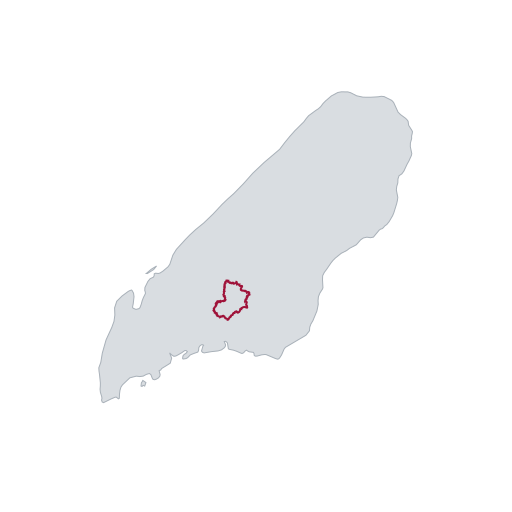 Maevatanana, Betsiboka, Madagascar (highlighted), rotated 208°
{"feature_id": "10022922B61824869015313", "entity_name": "Maevatanana", "entity_type": "district", "adm_level": 2, "iso_a3": "MDG", "parent_name": "Madagascar", "parent_adm1": "Betsiboka", "projection": "mercator", "projection_center": [47.013, -17.22], "detail": "fine", "context": "in_parent", "style": "outline", "palette": "rose", "viewbox_px": 512, "rotation_deg": 208, "n_neighbors": 0, "source": "geoboundaries", "source_scale": "gbopen_adm2", "svg_char_len": 8589}
<svg xmlns="http://www.w3.org/2000/svg" viewBox="0 0 512 512"><g transform="rotate(208 256 256)"><path d="M331.1,65.1L332.4,68.1L333.9,71.0L338.6,78.0L340.6,80.7L342.3,83.5L343.1,89.2L346.1,98.1L349.0,111.5L349.8,125.3L350.7,131.6L352.9,137.6L356.5,143.8L357.7,150.7L355.5,157.8L352.3,164.5L351.5,165.8L350.0,167.5L349.3,167.4L346.7,165.7L344.6,162.8L342.0,156.2L341.0,152.8L339.9,152.2L336.9,152.5L334.6,154.6L334.2,156.0L334.7,159.7L335.5,163.1L335.9,166.6L336.0,170.9L336.8,172.2L338.0,173.3L339.3,176.1L339.5,182.9L338.8,186.3L336.6,189.2L336.7,190.9L337.5,192.5L336.7,193.6L333.9,194.8L332.7,196.0L331.1,198.9L328.6,205.1L328.2,208.2L329.8,217.7L329.4,224.5L326.1,237.4L324.3,243.6L321.7,251.0L317.6,260.7L313.6,273.0L310.2,285.6L307.7,293.2L304.9,300.7L301.0,314.0L297.7,327.6L292.7,342.5L286.0,359.3L285.2,361.4L283.8,370.0L282.3,377.5L280.5,384.9L276.7,397.1L276.2,400.9L275.4,404.6L271.7,412.3L270.1,415.2L269.0,418.2L268.4,422.1L267.3,425.8L264.6,432.7L260.6,438.7L257.9,440.9L252.0,444.0L249.0,444.6L242.4,444.7L236.0,446.5L229.3,450.0L222.9,453.9L220.4,455.8L217.7,456.9L209.2,457.1L206.6,456.2L198.1,449.7L194.8,448.7L188.6,447.8L186.7,447.2L185.0,446.4L182.5,443.0L177.4,440.1L176.2,439.2L175.5,437.2L175.0,435.1L173.7,432.7L172.7,428.2L171.1,425.0L166.5,419.5L166.0,417.7L165.6,411.8L165.7,407.8L165.3,400.5L165.8,397.0L167.4,394.0L166.8,390.6L165.1,387.1L164.4,383.5L163.1,380.2L158.3,374.3L157.2,371.3L156.4,368.3L154.6,358.9L154.3,355.7L154.6,348.8L155.3,345.2L156.5,342.8L156.8,340.9L157.5,339.3L158.7,338.1L159.4,336.6L161.2,327.8L163.5,325.9L166.9,324.7L169.6,322.4L171.2,319.4L172.7,313.0L177.0,306.7L178.5,303.4L182.0,298.4L185.0,291.4L186.0,288.1L186.6,284.7L187.4,277.3L188.0,273.6L187.9,269.9L186.1,266.2L182.0,259.4L181.8,258.1L182.2,253.1L181.8,249.4L180.3,245.8L178.3,242.4L176.4,236.0L175.4,225.5L175.6,221.7L175.1,218.3L173.7,215.1L174.7,209.5L187.1,189.2L187.5,186.9L187.0,180.7L187.3,177.1L187.7,175.8L188.6,175.0L190.8,174.6L200.8,173.7L202.1,173.1L204.6,171.4L208.1,168.1L209.7,167.2L211.0,167.5L211.9,168.9L213.0,169.7L217.1,168.2L218.6,168.2L220.2,168.4L221.0,167.0L221.4,165.2L222.0,163.9L223.1,163.2L228.3,162.8L231.6,162.3L236.0,161.0L236.9,161.2L240.4,165.8L241.4,166.2L242.8,166.4L243.9,165.6L241.1,163.2L240.7,161.8L240.8,160.3L242.4,156.9L244.9,154.4L250.5,150.6L256.3,146.1L258.0,145.8L259.5,146.5L260.6,151.8L260.4,152.6L261.4,152.7L262.5,152.1L263.4,150.0L263.5,148.2L262.7,146.5L262.3,145.1L262.3,143.8L265.2,140.7L267.6,137.8L268.6,134.2L269.6,132.6L272.0,130.8L272.7,131.1L273.3,132.6L273.6,134.1L273.0,135.7L272.1,137.3L271.7,139.3L273.1,139.7L274.4,139.2L276.3,135.5L278.5,132.0L279.8,130.1L281.4,128.9L284.2,129.1L286.8,129.9L282.5,126.2L281.4,121.1L286.5,112.3L286.6,110.5L287.3,109.9L287.7,109.2L285.0,106.3L284.5,104.8L284.9,102.6L286.1,100.6L287.3,99.2L288.9,98.7L290.2,99.4L293.1,101.9L295.0,102.2L297.3,99.9L299.2,97.0L302.0,95.0L305.3,93.7L310.2,89.2L313.4,79.6L313.7,76.8L313.0,73.4L311.8,70.2L309.9,66.2L310.4,65.3L313.1,65.8L314.0,65.3L316.9,61.7L321.8,54.9L323.3,54.9L324.7,56.2L325.2,58.0L326.2,59.4L329.4,62.6L331.1,65.1ZM297.4,91.9L297.5,93.0L293.8,92.6L293.2,88.9L295.0,88.8L295.4,87.3L296.5,87.2L297.7,90.4L297.4,91.9ZM342.3,195.1L339.1,200.5L340.0,196.0L343.7,189.5L344.7,189.0L342.3,195.1Z" fill="#d9dde1" stroke="#a8b0b8" stroke-width="1"/><path d="M269.5,220.9L270.0,220.6L269.8,220.5L269.5,219.9L270.0,219.8L270.5,219.6L270.6,219.4L270.6,219.1L270.8,218.8L270.7,218.5L270.9,218.3L270.8,218.0L270.1,217.6L270.1,217.4L270.2,217.0L270.4,216.8L270.4,216.6L270.6,216.3L270.4,215.9L270.2,215.8L270.0,215.5L270.0,214.9L269.9,214.4L269.6,214.1L269.7,214.5L269.3,214.6L269.1,214.0L268.9,213.7L269.1,213.5L269.2,213.3L269.1,213.2L268.8,213.2L268.8,212.9L268.6,212.7L268.6,212.3L268.4,212.0L268.4,211.9L268.6,211.8L268.6,211.5L268.5,211.4L268.3,211.4L268.3,211.2L268.2,210.8L267.9,210.4L267.5,210.2L267.4,210.3L267.2,210.2L267.3,209.7L267.5,209.5L267.6,209.3L267.5,209.2L267.2,208.7L266.7,208.0L266.6,207.1L266.7,206.8L266.5,206.7L266.2,206.3L266.0,205.8L265.9,205.7L265.8,205.8L265.6,206.0L265.1,206.1L264.9,206.0L264.8,205.6L264.8,205.2L264.6,205.2L264.4,205.4L264.2,205.0L264.0,204.7L263.6,204.6L263.6,204.1L263.3,203.9L263.1,203.3L262.9,203.3L262.5,202.8L262.4,202.8L262.5,202.4L262.4,202.1L262.7,201.7L262.9,201.4L263.5,201.4L263.6,201.0L263.6,200.9L263.8,200.9L264.0,200.9L264.6,200.4L264.9,200.3L265.4,199.6L265.7,198.9L266.0,199.3L266.5,199.6L266.7,199.4L266.7,198.6L266.8,198.6L267.0,198.5L267.0,198.1L267.2,197.9L267.9,198.4L268.2,198.4L268.6,198.1L268.9,197.8L268.9,197.5L268.8,196.8L268.9,196.6L268.5,196.3L268.8,196.0L268.6,195.9L268.6,195.5L268.7,195.1L268.8,195.0L268.6,194.9L268.2,194.9L268.3,194.5L268.5,194.4L268.4,194.1L268.1,193.9L268.3,193.6L268.1,193.5L268.1,193.4L267.9,193.0L268.0,192.6L268.0,192.2L268.4,191.5L268.5,191.1L268.5,190.6L268.4,190.4L268.3,190.2L268.5,190.0L268.6,189.8L268.4,189.6L268.3,189.4L268.0,189.1L268.1,188.9L267.9,188.5L267.9,188.2L267.9,187.9L267.4,187.8L267.2,187.9L267.1,187.7L266.7,187.8L266.5,187.6L266.4,187.6L266.3,187.4L266.0,186.8L265.8,186.9L265.6,186.6L265.3,186.5L265.2,186.6L265.1,186.9L264.9,186.8L264.6,186.9L264.5,186.6L264.2,186.5L264.1,186.3L263.8,186.3L263.6,186.5L263.5,186.0L263.2,185.9L263.1,185.7L262.8,185.8L262.7,185.4L262.4,185.2L262.3,185.6L261.9,185.3L261.6,185.3L261.1,185.1L260.8,185.2L260.7,185.2L259.7,185.2L258.6,186.3L258.2,186.4L258.2,186.1L257.9,186.5L257.7,186.8L257.5,187.2L257.1,187.1L256.9,187.7L256.8,187.8L256.6,187.7L256.4,187.8L255.7,187.8L255.6,187.6L255.3,187.6L255.0,187.4L254.9,187.3L254.8,187.1L254.6,187.0L254.4,187.0L254.0,186.9L253.9,186.7L253.6,186.6L253.1,186.9L252.8,186.9L251.8,186.9L251.6,186.7L251.2,186.3L250.8,186.6L250.6,186.9L250.6,187.2L250.6,187.5L250.5,187.8L250.6,188.1L250.6,188.7L250.5,189.0L250.6,189.5L250.3,189.9L250.0,190.0L250.0,190.5L250.1,190.9L249.9,191.0L250.1,191.3L250.0,192.0L249.1,192.8L248.9,193.2L248.9,193.3L249.2,193.8L249.3,194.2L249.1,195.1L248.7,195.3L248.3,195.4L248.2,195.5L248.4,195.8L248.4,196.0L248.4,196.6L248.3,196.9L247.8,197.5L247.6,197.6L247.4,197.8L247.2,198.0L247.0,197.9L246.7,197.4L246.2,197.4L245.9,197.8L245.7,197.8L245.3,197.6L245.1,198.1L244.9,198.4L244.7,198.5L244.6,198.8L244.6,199.1L244.5,199.5L244.5,200.0L244.6,200.7L244.7,201.3L244.9,201.4L245.0,201.6L244.6,201.9L244.4,202.0L244.2,202.1L244.3,202.2L244.5,202.4L244.4,202.7L244.4,203.1L244.2,203.1L244.2,203.3L243.7,203.8L243.7,204.2L243.3,204.8L242.9,205.1L242.4,205.4L241.8,205.9L241.6,205.8L241.0,205.8L240.6,206.0L240.2,206.1L239.7,206.1L239.6,206.4L239.7,206.6L240.0,206.9L240.5,207.7L241.3,208.0L241.6,208.4L241.9,208.5L242.4,210.8L242.9,211.1L243.2,211.1L243.4,211.1L243.6,211.2L244.0,211.0L244.1,210.8L244.2,211.0L244.3,211.0L244.3,211.3L244.4,211.5L244.5,211.5L244.5,211.8L244.5,212.0L244.8,212.4L244.8,212.6L244.5,212.8L244.6,213.0L244.4,213.2L244.6,213.3L244.5,213.7L244.2,213.9L243.9,214.0L244.1,214.0L244.2,214.4L244.2,214.6L244.4,215.0L244.5,215.0L244.5,215.3L244.8,215.6L245.0,215.6L245.0,215.8L245.0,216.3L245.1,216.5L244.9,216.7L244.8,216.9L244.7,216.9L244.9,217.2L244.8,217.3L244.6,217.3L244.6,217.5L244.5,217.8L244.1,218.1L243.9,218.4L244.0,218.4L244.0,218.6L244.0,218.8L244.1,219.0L244.3,219.3L244.4,219.8L244.5,219.8L244.5,220.0L244.9,220.0L245.1,220.5L245.4,220.4L245.7,220.6L245.8,220.5L246.0,220.5L246.1,220.4L246.2,220.2L246.3,220.0L246.3,219.7L246.5,219.6L246.7,219.4L246.8,219.6L246.8,220.0L247.1,220.0L247.3,220.1L247.7,220.0L248.2,220.2L248.5,219.9L248.9,220.0L249.0,220.1L249.3,220.2L249.8,219.9L249.9,219.7L250.1,219.8L250.3,219.7L250.6,219.6L251.0,219.4L251.5,219.3L251.8,219.0L252.0,219.0L252.1,218.9L252.7,219.1L253.0,218.9L253.3,218.9L253.5,219.0L253.7,219.4L253.8,219.5L254.0,219.9L254.1,220.3L254.0,220.9L254.0,222.0L253.9,222.4L254.2,222.9L254.4,222.9L254.7,222.5L254.9,222.5L254.9,222.4L255.1,222.5L255.3,222.3L255.3,222.2L255.7,222.0L255.9,222.0L256.1,222.1L256.4,222.1L256.5,222.3L257.0,222.4L257.1,222.6L257.2,222.4L257.4,222.5L257.5,222.7L257.6,222.8L257.9,222.6L258.0,222.6L258.4,222.6L258.6,222.5L258.8,222.7L259.1,222.7L259.5,222.1L260.0,222.8L260.3,223.0L260.5,223.3L260.5,223.6L260.8,223.9L261.2,223.9L261.1,223.0L261.3,222.4L261.9,221.9L262.5,221.1L262.9,221.1L263.1,221.3L263.3,221.3L263.5,221.4L263.6,221.6L263.8,221.5L263.9,221.3L264.2,221.3L264.4,220.6L264.9,220.3L265.1,220.3L265.4,220.5L265.6,220.6L265.8,220.5L266.1,220.5L266.2,220.3L266.4,220.4L266.6,220.1L266.8,220.2L267.0,220.0L267.3,220.1L268.1,220.5L268.6,220.5L268.6,220.8L268.8,220.9L269.1,220.9L269.1,221.1L269.4,221.0L269.3,220.9L269.5,220.9Z" fill="none" stroke="#9f1239" stroke-width="2"/></g></svg>